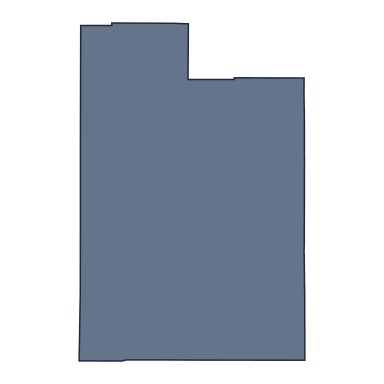 Sweetwater, Wyoming, United States of America (Mercator projection), rotated 270°
{"feature_id": "52423323B6016539214973", "entity_name": "Sweetwater", "entity_type": "district", "adm_level": 2, "iso_a3": "USA", "parent_name": "United States of America", "parent_adm1": "Wyoming", "projection": "mercator", "projection_center": [-109.016, 41.634], "detail": "fine", "context": "isolated", "style": "filled", "palette": "slate", "viewbox_px": 384, "rotation_deg": 270, "n_neighbors": 0, "source": "geoboundaries", "source_scale": "gbopen_adm2", "svg_char_len": 662}
<svg xmlns="http://www.w3.org/2000/svg" viewBox="0 0 384 384"><g transform="rotate(270 192 192)"><path d="M23.8,304.8L29.4,304.8L30.1,304.9L30.3,304.9L33.5,304.8L49.4,304.8L49.5,304.8L67.9,304.7L68.1,304.7L73.1,304.7L90.7,304.7L91.8,304.7L96.4,304.6L129.5,304.2L132.0,304.0L139.7,304.3L156.1,304.3L178.1,304.4L211.6,304.4L225.4,304.5L228.9,304.4L262.0,304.4L271.2,304.3L289.1,304.0L306.0,304.1L306.2,234.2L304.5,234.2L304.5,189.0L304.5,188.0L360.2,188.4L360.7,173.7L361.0,111.8L358.5,111.8L358.5,80.7L236.8,80.4L156.9,80.4L90.8,80.3L23.1,79.1L23.0,122.1L24.1,126.3L24.1,156.8L23.9,202.5L23.8,304.8Z" fill="#64748b" stroke="#1e293b" stroke-width="1.5"/></g></svg>